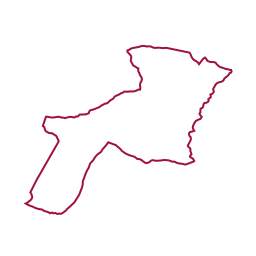 Pereira Barreto, São Paulo, Brazil, rotated 86°
{"feature_id": "56859067B20546049019920", "entity_name": "Pereira Barreto", "entity_type": "district", "adm_level": 2, "iso_a3": "BRA", "parent_name": "Brazil", "parent_adm1": "São Paulo", "projection": "equal_earth", "projection_center": [-51.113, -20.683], "detail": "fine", "context": "isolated", "style": "outline", "palette": "rose", "viewbox_px": 256, "rotation_deg": 86, "n_neighbors": 0, "source": "geoboundaries", "source_scale": "gbopen_adm2", "svg_char_len": 3861}
<svg xmlns="http://www.w3.org/2000/svg" viewBox="0 0 256 256"><g transform="rotate(86 128 128)"><path d="M111.0,209.0L120.0,212.8L121.3,211.4L122.3,211.2L123.8,211.0L125.1,210.4L126.1,209.3L127.4,207.3L127.8,205.4L127.9,204.1L128.8,203.0L129.7,201.8L130.7,200.3L131.9,199.7L133.7,199.0L135.4,198.3L136.6,198.1L159.9,213.7L173.0,222.5L185.4,229.9L186.9,229.0L188.2,228.8L189.3,228.4L190.6,228.5L191.6,228.9L193.0,230.0L194.4,232.1L195.6,233.6L196.2,235.3L197.6,233.2L198.9,230.7L200.1,228.0L201.1,226.5L202.5,223.1L203.0,220.7L203.7,218.7L204.6,218.0L205.4,216.0L206.4,213.4L207.6,211.7L207.0,209.7L207.9,208.5L207.7,206.4L208.8,204.7L208.6,202.9L208.9,200.9L208.0,198.8L206.0,195.7L204.3,194.1L202.3,191.3L199.8,188.4L198.4,186.6L190.9,181.2L183.3,177.7L180.6,177.0L179.2,177.0L177.6,176.6L173.7,174.8L172.3,174.2L169.5,172.9L167.1,171.5L165.1,170.1L160.9,168.3L159.9,167.3L158.7,166.0L157.3,164.6L155.5,163.4L153.9,162.1L152.3,160.3L151.4,159.0L150.4,157.2L149.5,156.3L146.8,154.3L145.0,152.3L143.3,150.7L140.9,148.7L142.2,145.8L143.7,142.5L144.2,141.3L145.6,140.1L146.4,139.1L147.8,137.7L149.0,136.6L150.0,136.1L151.6,134.3L152.9,132.7L153.9,131.1L155.1,128.8L155.9,126.9L156.5,125.0L157.4,123.1L158.5,122.0L159.6,120.8L159.8,118.9L160.6,117.1L162.0,115.7L163.0,114.4L164.0,113.1L164.3,111.2L163.8,109.9L163.3,108.7L162.2,107.4L161.8,105.8L162.1,104.3L162.7,102.1L162.7,100.3L162.7,97.7L162.5,95.5L162.5,93.5L163.1,89.7L163.8,88.1L164.7,86.1L164.7,84.3L166.0,82.0L166.7,80.4L167.2,78.2L167.5,76.3L168.1,74.5L168.5,73.0L167.9,71.2L167.5,69.4L166.6,66.9L166.3,65.5L165.5,64.2L164.1,64.9L163.1,65.4L162.1,66.8L161.0,68.2L159.9,67.9L158.7,66.5L157.0,66.9L155.3,67.4L153.4,67.2L152.0,67.9L151.2,68.9L150.0,69.6L148.9,69.1L147.6,68.2L146.0,67.3L144.6,66.4L143.0,66.0L141.5,66.1L140.1,67.3L138.8,67.5L137.5,67.5L136.3,66.3L136.0,64.2L135.4,62.1L133.9,62.9L132.1,63.4L130.5,63.0L129.0,62.2L127.4,61.2L125.8,60.0L124.7,57.6L124.2,55.9L123.6,54.6L121.9,53.7L120.4,55.0L118.6,55.7L117.5,54.7L115.9,54.6L113.9,54.3L112.8,52.0L111.0,51.3L109.5,51.0L108.4,50.1L108.3,48.2L107.7,46.7L106.5,45.6L104.8,45.9L104.0,44.7L103.3,43.4L102.0,43.2L100.4,43.5L99.6,41.3L98.2,40.0L97.1,39.9L95.6,40.4L94.6,40.1L93.4,39.2L91.6,38.1L90.7,37.5L89.5,36.1L88.8,34.3L88.5,32.2L87.8,30.2L86.7,29.1L85.6,28.6L84.6,27.4L83.1,25.1L81.5,23.5L80.4,22.9L79.8,21.2L78.5,20.7L77.3,21.1L77.1,22.6L76.4,24.0L76.0,26.3L75.1,28.1L74.3,30.0L73.5,32.1L72.3,33.5L70.4,35.2L68.9,36.1L68.2,38.0L68.1,39.6L67.9,41.0L67.4,42.4L66.6,44.1L65.2,44.7L63.1,46.3L64.2,48.2L69.3,52.7L68.3,53.3L67.4,53.8L66.3,55.1L64.3,57.9L62.8,59.0L61.3,59.7L59.9,60.1L58.6,60.6L57.1,61.4L50.8,83.8L50.7,86.4L50.7,88.2L50.3,89.9L50.0,91.6L50.0,94.1L49.9,96.3L49.1,98.1L48.3,99.5L47.9,101.6L48.1,103.5L47.5,105.0L47.2,106.7L47.1,108.4L47.6,110.4L48.0,112.5L48.1,113.8L48.3,115.2L48.4,116.7L48.7,118.3L49.1,119.7L50.2,121.7L50.5,123.2L52.1,123.2L53.5,122.0L55.5,120.5L56.6,119.8L58.4,119.9L60.5,120.5L61.8,120.4L63.3,119.6L64.3,119.2L65.5,118.7L66.4,117.9L67.2,116.5L68.5,115.0L69.2,113.6L71.7,113.8L73.1,113.3L74.5,112.7L75.7,112.5L78.3,111.1L79.5,110.8L80.8,110.8L82.1,111.3L83.4,112.2L85.1,112.9L86.7,113.0L88.6,112.9L90.5,113.2L90.4,115.0L91.4,117.2L91.8,119.3L91.9,121.2L91.6,123.5L91.8,125.6L91.6,127.4L91.4,129.2L92.5,130.9L92.9,132.7L93.6,133.8L94.4,135.7L95.0,137.6L95.7,139.0L97.8,140.9L99.0,143.3L100.0,144.8L101.0,145.8L102.0,147.4L102.0,148.9L102.8,150.8L103.8,153.1L104.9,154.7L105.5,155.9L105.8,157.3L106.4,158.9L107.0,160.6L107.4,162.7L107.7,164.5L109.0,165.6L110.5,166.1L111.2,168.2L111.5,169.9L111.3,171.7L111.4,173.5L111.2,175.1L112.1,176.2L113.1,177.5L112.8,178.8L113.7,180.6L113.5,182.1L112.9,184.1L112.9,186.2L113.3,188.2L113.8,190.1L113.1,192.0L112.8,194.1L112.0,195.8L112.0,197.4L112.0,199.0L112.3,200.5L112.3,202.9L111.8,205.3L111.2,207.4L111.0,209.0Z" fill="none" stroke="#9f1239" stroke-width="2"/></g></svg>